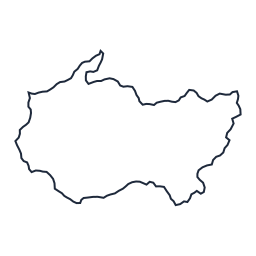 Santana dos Montes, Minas Gerais, Brazil (orthographic projection)
{"feature_id": "56859067B86300581362417", "entity_name": "Santana dos Montes", "entity_type": "district", "adm_level": 2, "iso_a3": "BRA", "parent_name": "Brazil", "parent_adm1": "Minas Gerais", "projection": "orthographic", "projection_center": [-43.666, -20.788], "detail": "fine", "context": "isolated", "style": "outline", "palette": "slate", "viewbox_px": 256, "rotation_deg": 0, "n_neighbors": 0, "source": "geoboundaries", "source_scale": "gbopen_adm2", "svg_char_len": 2167}
<svg xmlns="http://www.w3.org/2000/svg" viewBox="0 0 256 256"><path d="M175.7,205.1L180.2,204.1L184.0,201.4L187.4,202.0L190.0,198.3L191.4,194.3L194.3,192.8L196.8,190.9L200.8,193.7L203.8,192.0L204.7,187.5L203.1,182.7L199.8,179.9L197.4,177.0L197.4,173.8L198.6,170.3L202.5,167.3L207.1,165.4L211.8,164.5L213.1,160.0L216.2,156.8L220.0,155.5L223.3,152.5L224.6,148.2L227.5,145.0L229.5,140.2L226.1,137.4L227.2,132.9L230.6,129.3L233.6,123.5L232.2,118.7L236.2,116.8L240.6,114.5L240.3,109.2L238.7,105.7L236.8,102.9L238.0,99.0L238.4,95.8L237.0,91.3L232.5,92.1L229.9,94.5L225.6,94.7L219.7,93.6L215.6,95.7L211.7,99.6L207.3,101.5L204.4,99.6L201.5,98.3L198.5,96.2L196.6,92.9L193.7,90.5L189.2,89.9L186.8,92.9L184.6,96.0L180.7,97.4L178.8,100.4L175.5,102.1L171.9,101.7L168.4,100.8L164.5,100.9L160.6,101.7L156.7,102.7L154.0,105.0L149.7,104.1L146.3,103.9L142.7,104.7L139.4,101.2L138.7,98.1L136.5,95.0L135.0,90.9L132.4,86.9L127.5,86.2L123.4,86.7L120.2,85.5L117.8,81.5L113.5,79.1L109.6,78.3L104.5,79.4L101.1,81.0L97.0,81.0L93.8,81.9L88.5,83.9L85.9,80.4L85.8,76.4L86.5,72.2L90.1,71.4L93.4,71.9L97.2,70.3L98.9,65.8L100.6,62.6L102.1,59.3L103.2,53.5L100.6,50.9L99.5,54.2L96.0,55.7L92.4,58.4L89.5,61.3L84.9,61.7L82.1,62.9L79.8,65.6L77.7,68.9L74.3,71.7L72.8,75.2L71.0,78.2L67.9,79.9L64.6,81.5L60.0,82.1L56.7,84.1L53.5,87.3L50.4,89.4L47.0,91.4L42.6,91.7L38.6,92.6L34.9,94.0L31.7,93.6L28.6,92.5L29.9,98.1L28.4,102.5L28.4,106.7L30.7,109.5L31.0,113.0L30.2,117.8L28.6,122.4L26.0,124.8L23.0,126.9L19.8,130.0L19.9,133.8L18.7,137.6L15.4,141.1L17.0,145.1L19.4,149.8L21.0,153.6L21.4,158.1L23.7,161.1L27.1,162.4L28.6,165.9L29.1,169.1L31.6,172.1L35.8,170.5L39.9,170.8L42.8,171.6L46.6,171.9L50.2,175.2L53.1,178.9L54.5,183.2L54.8,188.7L59.1,191.5L61.9,193.2L64.3,195.9L67.1,197.6L70.2,199.2L73.3,201.6L76.6,203.1L80.2,203.0L81.3,199.9L83.6,198.0L87.4,197.6L92.9,196.9L97.7,196.8L103.6,197.8L107.0,195.7L110.4,194.5L114.9,193.4L118.8,190.8L122.9,188.7L125.7,186.4L128.3,184.0L132.2,182.2L136.1,181.5L139.8,181.7L143.3,183.2L146.5,184.6L149.7,181.8L153.3,182.7L156.0,186.4L159.8,186.3L164.0,186.9L166.7,191.1L169.7,195.2L170.9,198.8L173.6,201.2L175.7,205.1Z" fill="none" stroke="#1e293b" stroke-width="2"/></svg>